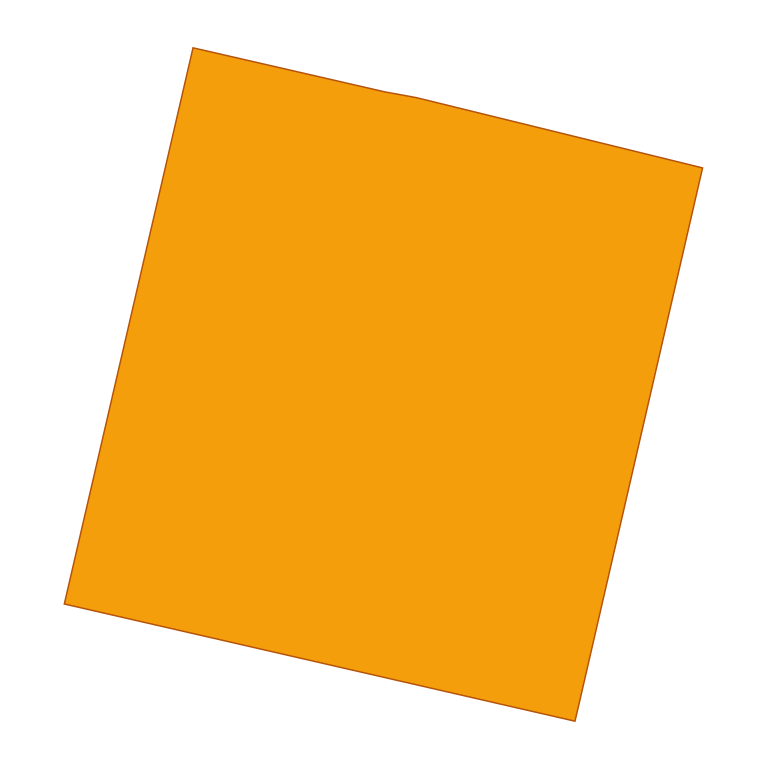 outline of Logan, Nebraska, United States of America, rotated 103°
{"feature_id": "52423323B8121394527401", "entity_name": "Logan", "entity_type": "district", "adm_level": 2, "iso_a3": "USA", "parent_name": "United States of America", "parent_adm1": "Nebraska", "projection": "robinson", "projection_center": [-100.486, 41.567], "detail": "fine", "context": "isolated", "style": "filled", "palette": "amber", "viewbox_px": 768, "rotation_deg": 103, "n_neighbors": 0, "source": "geoboundaries", "source_scale": "gbopen_adm2", "svg_char_len": 264}
<svg xmlns="http://www.w3.org/2000/svg" viewBox="0 0 768 768"><g transform="rotate(103 384 384)"><path d="M652.0,122.0L101.8,122.2L97.7,416.9L99.2,449.1L99.4,645.7L670.3,646.0L669.6,122.1L652.0,122.0Z" fill="#f59e0b" stroke="#b45309" stroke-width="1.5"/></g></svg>